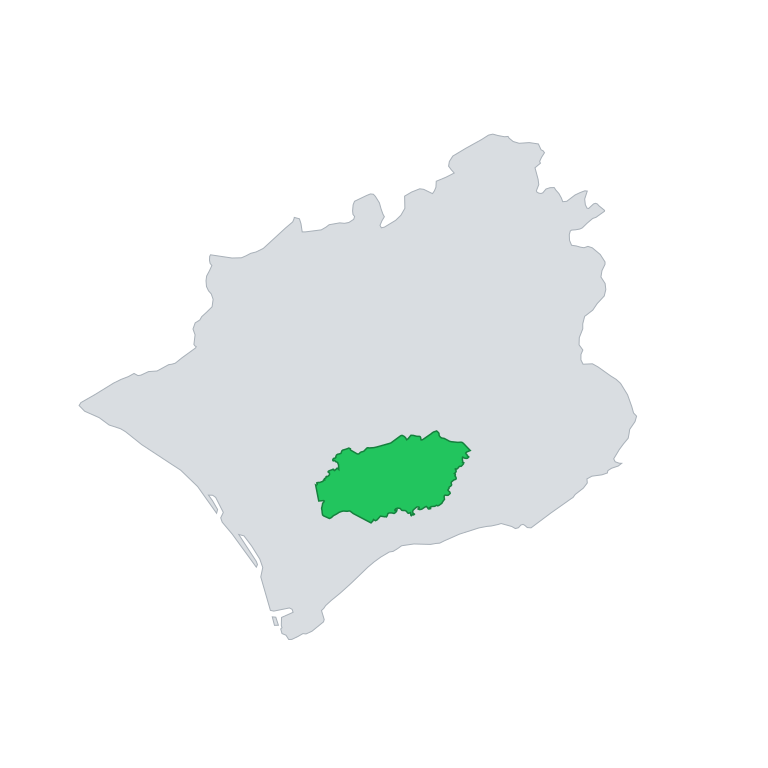 where N'zi-Comoé sits in Ivory Coast, rotated 61°
{"feature_id": "CIV-3452", "entity_name": "N'zi-Comoé", "entity_type": "Department", "adm_level": 1, "iso_a3": "CIV", "parent_name": "Ivory Coast", "parent_adm1": "", "projection": "equal_earth", "projection_center": [-4.27, 7.107], "detail": "fine", "context": "in_parent", "style": "filled", "palette": "green", "viewbox_px": 768, "rotation_deg": 61, "n_neighbors": 0, "source": "natural_earth", "source_scale": "10m", "svg_char_len": 8357}
<svg xmlns="http://www.w3.org/2000/svg" viewBox="0 0 768 768"><g transform="rotate(61 384 384)"><path d="M227.6,155.5L229.6,155.4L234.5,153.5L239.0,149.1L243.3,139.9L248.9,132.6L255.3,133.1L257.2,131.8L259.5,131.5L262.1,136.3L264.8,140.0L266.7,140.1L268.1,147.1L279.7,150.0L284.7,152.0L288.9,157.1L290.3,157.2L292.1,156.1L293.5,154.3L293.8,152.4L292.0,147.8L292.8,143.6L294.7,139.9L297.7,139.7L302.2,138.7L307.4,138.7L311.2,139.3L312.8,135.6L311.3,125.2L311.7,119.5L312.4,114.7L313.8,112.7L319.5,118.8L324.8,121.0L328.6,121.2L329.7,120.0L328.1,113.4L328.5,111.4L329.9,110.2L332.4,109.6L339.1,106.9L339.8,107.4L341.0,117.8L340.4,121.2L341.8,128.3L343.6,134.9L343.4,137.6L342.0,141.7L340.3,145.4L340.5,146.9L343.1,149.5L348.3,152.1L353.6,152.7L356.5,148.9L359.6,145.8L361.8,143.0L362.5,138.9L365.9,135.8L375.5,132.1L384.4,131.5L386.5,132.7L390.5,138.4L395.6,142.4L403.3,141.9L408.9,144.2L413.8,148.7L417.0,158.5L420.6,165.6L422.1,175.7L427.7,181.0L432.1,183.4L438.1,190.7L444.3,194.4L450.7,193.6L453.6,197.4L458.4,200.1L463.2,200.3L467.4,191.9L472.9,188.5L486.9,181.8L492.5,178.7L498.1,176.8L511.5,176.2L524.1,178.3L530.3,179.8L534.6,178.7L538.6,182.7L542.8,191.1L546.3,193.8L549.8,196.7L552.4,203.4L555.4,210.0L557.1,212.9L560.8,219.4L564.1,219.5L567.3,216.7L568.6,214.6L569.3,218.9L568.0,225.9L568.3,230.2L570.1,231.8L569.1,237.4L565.4,246.9L565.4,252.5L569.1,254.2L571.7,260.1L573.3,270.3L574.9,273.7L575.0,275.8L577.7,300.4L581.1,325.1L579.0,328.3L576.1,329.3L574.2,330.4L573.7,332.7L574.9,336.1L574.1,339.2L570.6,341.3L562.8,349.2L562.2,352.3L560.2,359.0L558.4,363.1L555.9,370.7L551.9,390.7L550.4,407.3L550.2,412.4L548.6,416.0L546.8,421.2L538.4,435.4L534.0,447.0L534.6,452.1L534.8,457.2L533.5,460.8L533.8,470.7L534.8,478.9L536.4,487.0L542.5,509.9L545.7,523.8L547.7,535.0L549.5,542.5L551.1,545.6L551.8,548.5L561.0,550.5L562.7,552.2L565.3,566.8L564.8,573.4L563.0,575.9L563.1,581.5L562.7,588.4L561.3,591.2L556.2,591.5L552.8,594.2L548.2,593.1L547.7,591.4L545.3,590.8L538.5,586.8L539.6,574.2L536.5,573.6L534.0,575.3L529.2,590.5L526.9,593.1L493.0,585.3L485.7,579.0L476.9,577.5L461.5,578.3L448.9,580.1L445.2,584.0L477.2,581.7L480.6,582.2L482.3,584.5L441.8,589.5L426.4,592.5L421.9,591.7L418.4,586.8L401.6,586.2L398.2,587.8L396.1,591.4L402.7,590.6L413.1,590.4L415.9,593.1L383.4,596.7L360.8,603.6L351.2,608.7L319.6,625.3L300.4,633.2L295.4,636.1L286.6,644.3L275.4,649.4L262.7,659.0L255.0,661.1L253.3,658.1L253.1,641.8L252.1,620.1L252.5,611.8L253.6,604.0L253.6,597.5L257.4,595.1L258.4,592.3L259.0,583.9L262.6,576.2L262.7,562.9L263.8,560.1L264.6,556.5L263.1,547.7L261.1,531.2L260.2,530.1L259.3,530.8L257.3,531.1L249.4,525.4L243.3,524.4L239.0,519.5L238.7,514.0L236.7,510.7L235.2,504.3L233.1,496.9L227.1,492.4L221.5,491.4L217.4,492.3L212.7,492.0L207.4,489.6L203.6,486.8L200.1,481.4L196.9,477.1L194.2,477.6L191.1,476.6L187.9,474.6L186.9,473.1L200.1,455.9L204.5,447.5L205.0,442.4L205.1,437.2L206.5,431.9L206.9,423.8L199.8,394.4L198.0,385.3L196.0,382.7L194.8,381.7L198.5,377.9L203.5,378.9L211.3,381.8L212.9,378.9L218.8,364.1L218.7,358.6L218.1,354.8L221.6,344.6L224.3,340.7L225.7,336.4L225.3,330.7L223.3,328.5L220.6,328.9L217.3,327.5L212.4,324.2L209.9,321.2L210.7,307.8L211.2,303.7L212.9,301.3L215.7,300.6L223.3,300.2L229.5,301.7L235.0,302.6L237.9,302.6L240.2,306.6L243.3,310.6L246.1,310.6L247.0,307.6L246.5,294.4L244.6,287.4L240.5,280.6L229.7,274.9L229.5,266.8L230.6,258.1L233.0,254.9L241.0,249.3L239.6,246.4L237.1,243.2L232.0,240.0L233.2,229.6L233.5,220.3L229.2,221.3L224.8,221.9L221.1,219.0L218.0,213.3L217.5,197.8L217.5,179.9L217.0,171.9L218.2,167.7L222.0,163.8L226.2,158.7L227.6,155.5ZM543.8,593.3L542.0,596.8L533.5,594.6L535.5,591.7L543.8,593.3Z" fill="#d9dde1" stroke="#a8b0b8" stroke-width="1"/><path d="M499.2,462.7L482.4,473.7L478.9,475.2L478.3,475.8L478.0,476.3L477.9,476.8L477.7,477.4L477.4,478.1L475.8,480.5L475.4,481.2L474.9,482.9L474.6,484.8L474.5,485.9L474.6,486.5L474.7,488.0L474.7,488.5L474.7,489.5L474.7,490.5L474.6,491.4L474.9,493.3L475.2,494.1L475.3,494.6L475.3,495.7L475.2,496.9L470.0,500.8L468.6,501.2L468.3,501.0L466.9,500.6L464.7,499.6L462.6,498.9L462.2,498.6L461.9,498.4L461.4,497.8L459.8,496.4L458.9,495.8L458.7,495.5L458.5,495.2L458.2,494.3L458.1,493.9L457.8,493.5L457.3,493.0L457.0,493.1L456.7,493.3L454.7,497.8L439.3,492.8L439.7,492.6L439.7,492.2L439.6,491.6L439.4,491.1L439.1,490.8L438.8,490.7L438.1,490.9L437.9,490.8L437.8,490.5L438.4,488.8L438.6,488.5L438.9,488.1L439.1,487.4L439.2,486.1L439.4,485.4L439.5,484.8L439.4,484.4L438.7,483.5L438.7,483.2L439.0,483.0L439.2,482.7L439.3,482.4L439.0,482.3L438.3,482.3L438.0,482.1L437.9,481.6L437.9,480.8L437.9,480.3L437.6,479.9L437.2,479.8L437.0,479.6L436.9,479.2L437.1,478.8L437.3,478.7L437.5,478.4L437.5,477.7L437.2,476.3L436.8,475.6L436.4,475.3L435.4,474.9L435.1,475.0L434.5,475.3L434.2,475.5L433.8,475.5L433.5,475.3L433.3,474.8L433.4,473.6L433.5,472.6L433.8,471.2L433.8,469.9L434.0,469.6L434.3,469.4L435.3,469.6L435.6,469.4L435.8,469.1L435.6,468.4L435.5,468.0L435.3,467.6L435.3,466.7L435.1,466.4L434.9,466.2L434.9,465.8L435.1,465.5L436.8,465.0L432.3,462.8L432.0,462.8L431.7,462.9L431.4,462.9L430.5,462.6L430.2,462.7L429.9,462.8L429.6,463.0L429.3,463.2L428.8,463.7L428.5,463.9L428.2,464.1L427.4,464.1L427.0,464.2L426.8,464.4L426.7,464.8L426.7,465.2L426.7,465.6L426.4,465.8L426.1,465.8L425.8,465.7L425.4,465.5L425.1,465.1L424.7,464.4L424.7,463.6L424.8,463.3L425.0,463.1L425.1,462.8L425.1,462.3L425.0,461.9L424.8,461.6L424.4,461.5L424.0,461.2L423.1,460.0L423.0,459.4L423.0,458.3L423.4,457.3L423.6,456.3L423.7,455.9L423.8,455.5L423.6,455.0L423.0,454.4L422.5,453.8L422.1,453.4L421.8,452.2L422.6,448.7L422.9,446.6L422.9,446.2L423.0,445.8L424.4,444.8L424.9,445.2L425.2,445.2L425.7,445.2L431.7,441.6L432.2,441.2L432.5,440.9L432.7,440.5L432.9,439.9L432.8,439.2L432.4,438.0L432.4,437.4L432.4,436.8L432.8,435.5L432.9,434.8L433.0,434.3L432.4,432.3L431.8,430.3L431.8,430.2L431.7,429.8L431.8,429.4L432.0,428.9L432.8,427.9L434.8,423.6L435.0,422.8L435.5,421.2L438.9,406.8L438.8,405.8L437.4,394.9L437.4,394.0L437.7,393.1L438.8,392.3L439.6,391.8L441.3,391.2L443.8,391.2L443.6,389.9L443.5,389.3L441.9,385.3L443.3,383.1L444.9,381.5L445.3,381.1L446.0,380.1L446.6,379.0L446.9,378.5L447.3,378.1L447.7,377.9L448.1,377.9L448.5,377.9L450.5,378.6L450.9,378.7L451.2,378.1L451.4,377.2L450.4,366.9L450.2,366.0L450.1,365.5L450.0,364.0L450.6,360.7L453.1,359.9L453.6,359.9L454.2,360.0L455.6,360.7L456.4,360.7L457.2,360.6L458.2,360.3L459.2,359.7L460.8,357.7L465.9,354.4L467.1,353.1L470.8,347.8L472.2,344.9L472.6,344.4L473.1,343.9L474.5,343.3L484.0,340.8L483.6,344.7L484.0,346.1L484.9,346.1L486.0,345.7L486.9,345.9L487.6,346.0L488.2,345.3L488.9,345.2L489.4,346.9L489.2,347.7L488.7,348.5L487.6,349.8L486.7,350.3L486.1,350.5L486.1,350.8L487.2,351.6L488.1,352.1L490.0,352.7L490.7,353.4L491.5,352.4L492.4,353.3L492.6,353.9L493.0,354.9L493.4,356.4L493.2,356.8L492.9,357.4L492.6,357.9L492.7,358.4L493.1,359.2L493.3,359.6L493.7,361.3L493.6,361.9L492.9,362.3L492.9,362.9L494.3,362.9L495.3,363.2L496.0,364.1L496.5,365.9L497.2,365.4L497.8,365.5L498.3,365.8L498.7,366.5L500.0,366.3L501.4,366.5L502.2,367.4L501.8,369.4L502.3,372.3L503.1,373.3L504.7,373.6L505.4,374.2L505.7,375.5L505.7,376.7L506.0,377.3L506.7,377.6L507.1,378.3L507.4,379.2L508.0,379.6L510.6,378.8L511.8,379.2L512.4,381.7L512.0,382.8L510.8,384.4L510.9,385.3L511.4,385.8L512.1,386.3L513.0,386.6L513.7,386.8L514.3,387.1L514.5,387.7L514.7,388.3L516.2,391.1L516.4,391.2L516.8,394.8L516.6,396.1L515.5,396.9L515.6,398.9L514.7,400.8L514.1,402.1L514.2,404.0L514.7,403.8L515.1,403.5L515.2,404.0L515.5,404.0L515.1,405.4L514.6,405.8L513.3,405.9L511.6,406.3L511.5,406.9L511.6,409.4L511.7,410.4L511.8,411.3L511.6,412.4L511.2,413.5L510.9,414.0L510.5,414.3L509.8,414.8L509.5,413.3L508.9,413.0L508.1,413.6L507.5,414.8L507.6,415.9L508.2,418.7L508.4,419.6L509.0,420.4L509.7,420.9L511.6,421.3L511.6,421.1L512.0,420.7L512.6,420.5L512.8,421.0L512.8,421.6L512.6,422.1L512.3,422.4L512.0,422.6L512.4,424.0L511.6,424.1L509.3,423.1L509.1,425.0L508.3,425.8L506.2,426.1L505.0,426.8L504.4,427.7L503.8,428.8L503.1,429.7L500.7,430.2L499.2,432.1L498.8,434.3L499.4,435.7L500.0,435.8L500.5,433.8L501.4,434.7L502.0,436.3L502.1,437.9L501.6,438.6L500.9,439.2L500.1,440.4L499.3,442.0L499.2,443.4L499.7,443.9L500.8,445.1L501.4,446.4L500.7,446.9L500.6,447.6L497.8,451.2L499.5,455.9L499.4,457.8L497.4,458.9L498.3,459.9L498.7,461.0L499.0,462.3L499.2,462.7Z" fill="#22c55e" stroke="#15803d" stroke-width="1.5"/></g></svg>